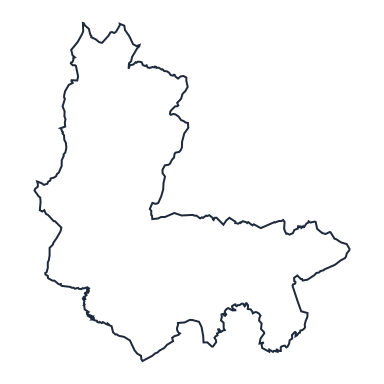 the district of Zipaquira, Cundinamarca, Colombia
{"feature_id": "7082276B49275138212053", "entity_name": "Zipaquira", "entity_type": "district", "adm_level": 2, "iso_a3": "COL", "parent_name": "Colombia", "parent_adm1": "Cundinamarca", "projection": "albers", "projection_center": [-74.018, 5.061], "detail": "fine", "context": "isolated", "style": "outline", "palette": "slate", "viewbox_px": 384, "rotation_deg": 0, "n_neighbors": 0, "source": "geoboundaries", "source_scale": "gbopen_adm2", "svg_char_len": 5877}
<svg xmlns="http://www.w3.org/2000/svg" viewBox="0 0 384 384"><path d="M310.3,222.6L308.6,221.3L308.2,222.6L306.4,223.6L304.1,227.1L303.4,227.2L303.0,226.3L301.3,227.9L300.7,226.5L299.5,227.1L298.9,226.2L298.0,226.3L297.8,228.6L294.3,230.0L292.9,233.2L289.6,234.6L287.1,233.5L286.3,233.8L285.1,231.5L284.1,228.8L284.6,221.9L283.2,220.0L281.3,221.1L279.0,221.0L275.0,222.5L274.5,222.1L260.8,228.1L253.8,224.3L252.4,225.4L248.2,222.1L247.1,223.1L246.2,222.2L242.6,221.2L240.7,222.9L240.3,222.4L238.2,223.7L235.2,223.0L235.4,221.7L229.4,217.8L226.4,220.3L223.4,224.7L216.5,217.7L214.7,217.8L213.6,220.0L212.9,219.3L212.9,218.1L209.3,215.2L207.1,216.1L206.1,215.6L203.0,217.9L202.0,217.3L200.1,218.4L196.6,215.7L194.1,215.6L192.8,214.9L181.7,215.5L174.3,213.0L165.0,217.0L161.2,217.0L157.9,218.5L152.3,219.1L152.0,215.7L151.2,214.9L151.3,210.9L149.8,209.0L152.4,202.9L155.2,203.8L157.3,203.5L158.4,202.7L161.3,196.1L163.2,189.4L163.5,183.1L165.0,176.5L162.6,173.3L162.5,169.8L164.8,165.4L168.6,164.7L169.9,163.8L172.2,159.4L174.0,157.7L174.5,154.1L175.4,152.7L179.2,151.9L180.8,150.0L181.9,147.6L182.1,141.6L184.3,133.4L188.3,127.8L187.9,122.9L185.8,122.6L183.4,120.9L181.2,120.2L178.6,116.6L175.5,114.4L173.1,114.0L170.8,114.8L170.0,114.2L170.2,111.8L171.1,110.4L175.1,106.4L177.3,106.2L178.3,105.5L177.2,102.8L181.1,98.8L182.5,93.9L185.3,91.1L187.7,87.0L186.3,80.6L186.4,77.7L183.6,76.0L180.7,76.4L178.0,78.6L175.4,76.5L174.6,74.9L173.9,74.7L173.0,75.6L170.9,75.2L169.0,72.7L167.1,71.4L164.1,71.0L162.6,69.3L161.7,69.6L158.7,67.7L156.3,67.8L156.2,67.0L155.0,66.5L154.1,67.4L152.5,67.0L150.0,67.9L147.6,67.5L146.6,65.3L145.1,66.0L142.8,65.0L141.8,62.4L140.1,61.8L137.8,61.7L136.5,62.7L135.6,62.2L133.4,64.5L129.8,65.2L128.6,68.8L129.0,63.3L131.2,61.2L132.0,57.1L137.2,48.3L139.2,46.4L139.6,45.0L136.5,46.1L133.0,44.1L129.6,36.7L125.0,30.0L124.3,25.7L119.7,23.8L119.9,25.1L116.1,31.7L114.2,33.0L112.1,32.1L110.5,32.3L108.6,35.6L102.1,42.8L99.2,42.2L95.7,39.3L91.2,37.2L91.4,36.1L90.3,34.7L88.9,28.9L85.1,25.6L83.8,23.3L82.9,23.0L83.2,31.3L82.1,34.1L77.6,42.1L71.2,49.9L72.6,55.4L74.9,57.4L73.2,58.1L73.4,59.7L72.5,62.0L71.1,62.5L70.8,63.5L72.9,65.3L74.8,65.2L75.9,65.8L78.1,76.6L77.2,80.5L71.6,80.2L71.4,81.0L72.7,82.9L68.8,84.9L65.1,91.2L64.1,95.7L64.1,97.5L64.9,98.7L62.6,106.5L64.6,111.3L64.4,116.3L65.5,119.3L64.8,122.7L65.2,126.6L60.3,128.3L61.3,128.8L61.9,131.2L63.0,132.2L62.5,133.5L64.0,135.2L64.3,139.8L65.8,142.7L66.4,147.6L65.4,152.3L63.6,154.5L63.7,156.0L61.7,160.2L61.7,165.9L58.8,172.6L56.9,174.1L56.1,176.2L53.9,177.6L50.6,178.5L50.3,180.6L48.2,181.7L47.3,183.8L43.9,184.8L41.4,183.1L37.1,181.5L37.8,183.6L37.8,186.7L35.2,188.8L34.5,190.5L38.5,196.2L40.2,197.5L40.6,201.9L39.8,210.2L42.4,211.5L44.3,210.2L46.0,214.0L48.1,215.0L53.6,221.1L54.9,221.1L61.4,227.7L60.4,231.6L56.5,238.3L53.5,242.6L52.8,244.7L49.6,247.9L49.6,255.4L48.8,260.3L47.8,262.4L47.8,267.9L46.6,272.2L45.2,273.1L45.5,274.6L47.8,275.9L47.9,277.9L48.4,278.4L52.6,280.7L54.5,280.7L58.4,284.0L59.5,284.4L60.8,284.0L61.0,285.3L61.7,285.9L70.2,286.9L71.9,287.8L73.6,287.7L74.9,288.7L78.2,287.9L78.8,288.8L81.5,289.1L82.5,288.2L83.8,288.4L87.4,287.3L89.1,288.5L88.6,289.3L87.4,289.1L87.0,289.5L87.2,290.3L88.9,291.1L88.0,292.7L86.8,292.1L86.4,293.4L85.3,292.8L84.9,293.4L86.0,294.9L87.2,294.6L84.6,296.7L85.3,299.1L84.4,299.4L83.4,297.6L82.8,298.7L84.4,301.1L83.9,303.4L84.6,304.3L83.7,305.3L84.3,305.8L84.7,309.4L88.6,312.0L88.0,312.7L87.5,311.8L86.8,312.7L87.1,314.2L88.4,314.7L87.7,314.8L87.8,315.8L89.3,316.7L90.5,316.4L90.6,315.5L91.9,316.1L92.0,316.6L90.8,317.8L91.3,318.3L92.9,317.1L92.5,318.7L91.7,319.5L93.2,319.5L93.9,318.8L94.0,320.1L96.9,320.8L97.4,322.1L99.1,322.5L99.6,321.9L101.9,323.1L102.9,322.1L107.3,324.7L108.1,324.6L108.0,323.8L109.2,324.7L109.3,325.3L111.6,326.2L113.0,332.2L115.4,334.5L116.8,334.4L118.9,335.8L124.1,336.9L129.9,340.4L134.6,350.4L137.3,353.7L141.0,355.8L141.4,359.4L142.5,361.0L152.3,355.8L155.1,353.4L157.7,352.4L159.4,350.6L164.1,348.1L167.0,344.8L173.1,341.1L172.1,337.8L174.5,336.1L178.5,334.9L179.9,333.4L178.7,332.9L177.2,330.4L177.0,328.1L178.0,325.0L177.9,323.0L184.8,322.4L189.8,319.9L192.3,320.0L199.0,321.8L201.5,326.8L203.2,336.0L203.5,342.4L207.4,342.4L211.8,346.5L213.0,346.5L216.2,342.1L216.0,340.2L214.5,337.8L215.7,336.2L217.5,335.4L217.0,333.5L219.1,332.4L218.2,329.4L219.0,329.2L221.0,331.9L222.8,330.6L224.8,330.1L223.7,328.2L223.6,322.7L221.0,320.4L221.8,317.0L221.5,314.4L223.5,313.8L224.2,315.5L225.1,315.8L226.2,314.4L224.9,312.5L224.8,311.4L226.2,309.3L228.1,308.1L232.5,310.4L235.3,310.3L235.3,309.8L233.0,308.9L232.0,306.8L232.1,306.1L234.8,304.4L235.4,304.4L235.8,305.6L236.8,306.2L237.7,305.2L239.6,305.1L241.7,303.7L242.9,303.7L244.7,306.3L245.5,305.6L245.5,303.6L246.5,303.2L248.1,305.3L247.8,309.0L250.7,309.4L252.3,311.6L252.8,313.3L254.9,312.2L256.7,312.2L258.9,313.5L260.5,315.6L259.4,317.9L259.1,320.6L261.6,323.5L261.0,329.0L264.0,332.1L264.2,333.4L260.5,338.6L259.5,343.5L263.7,342.4L261.6,344.4L262.2,348.0L269.2,351.7L269.3,349.6L273.0,351.9L274.0,350.8L277.2,351.7L276.5,350.0L276.9,349.5L278.8,350.9L280.8,351.0L280.7,347.5L281.4,346.5L284.8,345.6L286.3,347.4L287.6,346.5L289.1,343.7L289.7,340.2L292.2,338.6L292.0,335.1L294.4,332.4L295.2,332.0L295.9,332.6L295.5,336.2L297.0,335.3L298.8,332.9L299.8,332.8L300.4,330.5L302.4,330.1L304.4,328.4L305.1,327.2L304.7,324.9L305.6,321.2L307.4,316.7L307.5,313.0L301.2,311.3L298.1,302.7L292.5,285.8L293.0,284.4L294.9,283.8L295.5,282.9L295.3,281.7L294.2,281.0L294.1,277.9L297.3,275.5L300.9,279.1L302.1,279.0L302.7,280.5L307.4,279.7L314.2,275.3L316.3,273.0L319.3,272.4L320.3,271.1L323.5,270.3L324.4,269.4L335.0,264.8L340.7,260.4L345.0,258.1L346.1,256.3L346.7,253.5L349.4,250.1L349.5,248.9L346.7,244.1L341.0,242.4L336.4,239.3L334.5,238.7L330.5,232.2L329.6,232.1L325.6,234.0L322.1,233.0L317.1,228.8L315.7,222.0L314.6,221.6L310.3,222.6Z" fill="none" stroke="#1e293b" stroke-width="2"/></svg>